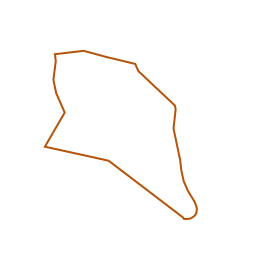 the City Corporation of City, rotated 23°
{"feature_id": "GBR-4809", "entity_name": "City", "entity_type": "City Corporation", "adm_level": 1, "iso_a3": "GBR", "parent_name": "United Kingdom", "parent_adm1": "", "projection": "robinson", "projection_center": [-0.079, 51.517], "detail": "fine", "context": "isolated", "style": "outline", "palette": "amber", "viewbox_px": 256, "rotation_deg": 23, "n_neighbors": 0, "source": "natural_earth", "source_scale": "10m", "svg_char_len": 497}
<svg xmlns="http://www.w3.org/2000/svg" viewBox="0 0 256 256"><g transform="rotate(23 128 128)"><path d="M188.6,137.2L193.6,146.1L199.9,155.0L207.5,162.3L218.3,170.0L221.5,173.4L223.1,175.7L224.1,179.4L223.9,182.1L222.5,184.8L220.7,187.1L217.6,188.8L215.1,189.8L213.4,188.8L122.9,165.7L58.8,177.7L63.7,138.5L48.3,124.0L40.5,112.8L35.4,94.7L31.9,88.6L57.0,74.3L80.9,71.0L109.6,66.2L115.3,71.6L162.4,89.0L164.6,92.3L170.1,110.7L188.6,137.2Z" fill="none" stroke="#b45309" stroke-width="2"/></g></svg>